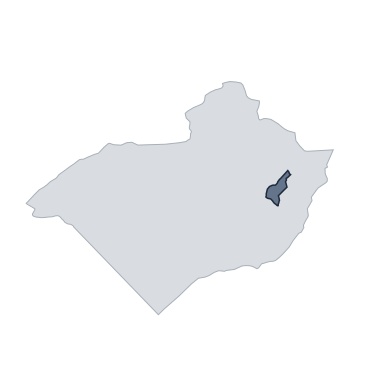 Uganda, with Abim highlighted, rotated 46°
{"feature_id": "UGA-3126", "entity_name": "Abim", "entity_type": "County", "adm_level": 1, "iso_a3": "UGA", "parent_name": "Uganda", "parent_adm1": "", "projection": "natural_earth1", "projection_center": [33.73, 2.826], "detail": "fine", "context": "in_parent", "style": "filled", "palette": "slate", "viewbox_px": 384, "rotation_deg": 46, "n_neighbors": 0, "source": "natural_earth", "source_scale": "10m", "svg_char_len": 2790}
<svg xmlns="http://www.w3.org/2000/svg" viewBox="0 0 384 384"><g transform="rotate(46 192 192)"><path d="M256.9,301.4L252.6,301.4L245.5,301.4L238.5,301.4L231.4,301.4L224.3,301.4L217.3,301.4L210.2,301.4L203.1,301.4L196.1,301.4L189.0,301.4L181.9,301.4L174.8,301.4L167.8,301.4L160.7,301.4L153.6,301.4L146.6,301.4L139.5,301.4L135.3,301.4L134.5,301.2L133.9,301.0L131.2,301.6L128.5,303.6L125.5,304.5L122.4,304.1L122.0,304.4L120.4,304.3L118.1,304.2L116.1,304.7L114.5,306.5L112.9,309.5L110.0,313.0L107.7,316.0L105.8,318.2L101.4,321.8L99.0,322.9L97.8,322.7L97.0,322.1L95.6,317.4L94.8,316.7L86.2,319.1L84.9,319.1L85.0,317.7L84.4,306.9L84.3,300.2L85.4,296.1L86.1,291.3L86.1,287.1L87.7,279.9L87.1,275.6L89.2,260.5L89.7,258.0L90.5,250.7L91.8,248.5L92.9,247.6L94.4,243.1L97.2,236.0L99.1,232.3L98.7,224.3L99.0,218.8L99.5,217.6L103.6,215.5L109.0,210.5L111.3,204.5L114.5,200.7L120.7,198.3L139.2,177.9L147.8,166.8L151.6,161.2L151.7,159.2L152.4,156.5L150.9,154.5L149.1,152.6L148.5,150.8L147.0,150.0L144.8,150.0L143.3,148.7L141.7,146.3L140.0,144.7L134.8,144.8L130.7,142.3L130.8,138.9L132.4,132.1L135.4,124.3L135.6,122.1L135.2,120.3L134.4,118.7L133.1,117.2L131.8,115.3L132.8,109.7L134.7,104.3L136.3,101.5L137.8,98.4L137.4,95.9L135.1,94.7L136.3,92.2L138.8,88.1L143.5,83.9L147.6,81.1L150.4,81.1L155.8,83.3L160.6,85.9L163.3,86.1L166.6,85.0L173.3,80.3L174.9,81.8L176.9,84.6L179.0,89.3L183.2,91.4L185.3,92.9L186.7,93.3L187.5,93.0L189.1,89.3L191.1,87.3L194.6,84.8L202.6,82.7L208.2,82.1L210.6,81.7L214.6,80.5L220.9,76.8L227.2,81.6L233.9,82.5L240.5,82.5L242.5,81.0L243.6,79.9L250.5,71.9L259.8,61.1L266.0,76.3L268.2,77.2L267.9,78.6L267.3,79.8L271.4,83.5L276.4,85.4L278.2,87.3L278.3,89.4L276.7,98.3L277.0,100.8L278.6,109.7L281.6,111.7L284.2,120.7L289.5,124.5L290.3,125.6L291.5,130.0L293.2,134.7L294.5,135.9L295.2,136.1L296.8,141.2L295.9,144.0L297.1,152.7L299.1,160.4L299.7,169.6L299.7,173.7L299.6,176.2L299.2,179.7L298.2,181.7L296.5,183.7L294.6,186.8L293.0,190.1L292.0,191.7L292.8,196.7L292.6,198.0L292.1,198.7L289.7,199.4L286.6,200.7L284.7,202.1L282.1,204.6L280.0,207.3L277.1,215.4L272.4,221.6L271.6,223.7L267.2,227.4L265.2,232.0L264.0,237.7L262.3,241.7L258.5,247.3L257.7,256.0L257.8,273.6L256.8,293.5L256.9,301.4Z" fill="#d9dde1" stroke="#a8b0b8" stroke-width="1"/><path d="M243.3,110.8L243.1,108.2L245.2,108.5L246.4,109.2L248.0,109.0L248.0,113.2L247.7,114.8L249.1,115.9L249.5,117.5L254.5,120.3L254.5,125.0L254.7,132.5L255.7,132.9L258.8,134.9L259.2,135.9L260.1,137.1L260.6,138.4L261.5,139.2L261.6,139.8L261.0,140.1L259.8,140.2L256.9,140.6L254.3,140.2L251.7,140.2L249.3,141.8L248.2,142.2L246.9,142.3L246.1,140.9L244.9,139.9L242.3,135.8L241.9,132.5L243.0,129.4L245.0,127.2L245.0,125.6L244.8,124.2L244.2,123.1L244.0,121.7L243.7,120.4L243.8,119.1L243.3,110.8Z" fill="#64748b" stroke="#1e293b" stroke-width="1.5"/></g></svg>